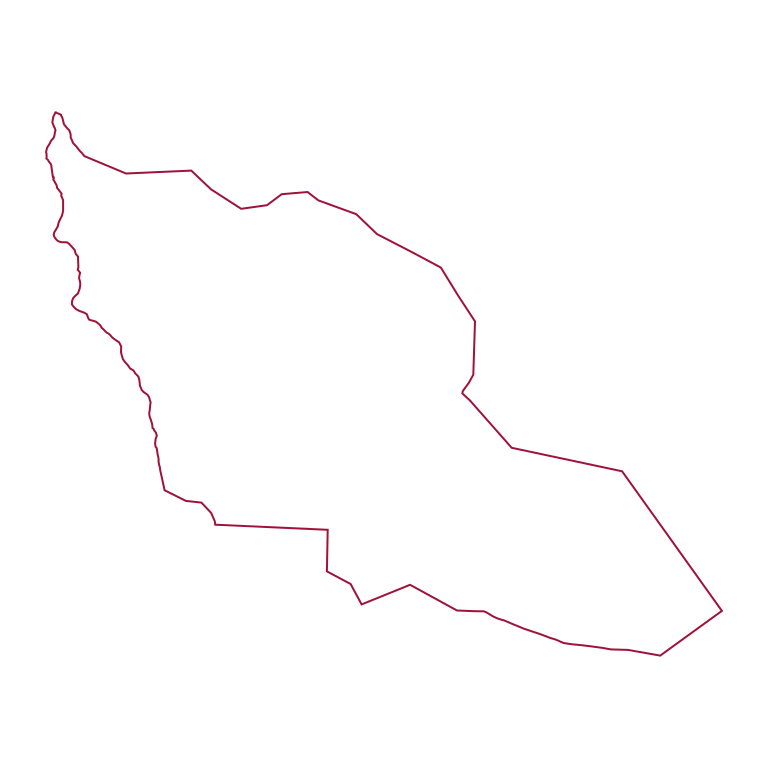 San Pedro Mixtepec -Dto. 26 -, Oaxaca, Mexico (Albers equal-area conic projection)
{"feature_id": "50627088B31998279857894", "entity_name": "San Pedro Mixtepec -Dto. 26 -", "entity_type": "district", "adm_level": 2, "iso_a3": "MEX", "parent_name": "Mexico", "parent_adm1": "Oaxaca", "projection": "albers", "projection_center": [-96.262, 16.226], "detail": "fine", "context": "isolated", "style": "outline", "palette": "rose", "viewbox_px": 768, "rotation_deg": 0, "n_neighbors": 0, "source": "geoboundaries", "source_scale": "gbopen_adm2", "svg_char_len": 2916}
<svg xmlns="http://www.w3.org/2000/svg" viewBox="0 0 768 768"><path d="M215.2,524.7L327.7,529.8L326.9,571.4L350.6,584.0L361.6,604.4L410.0,584.8L457.0,610.5L474.7,611.2L483.5,611.3L485.7,612.0L493.6,616.7L498.7,618.9L504.4,620.5L510.6,623.2L523.4,628.5L532.0,631.4L539.0,633.7L544.4,635.7L549.9,637.8L555.8,639.6L563.5,643.0L572.3,644.3L581.7,645.2L592.2,646.5L602.0,647.8L610.8,649.4L627.9,649.9L660.2,655.6L721.9,610.9L622.1,471.3L601.0,466.8L511.7,447.8L480.2,412.1L469.9,400.4L462.3,393.4L462.8,391.1L468.9,382.7L473.3,374.7L475.0,321.4L457.8,295.1L440.9,267.6L409.4,250.8L377.0,234.1L356.3,214.2L318.4,200.4L307.5,192.0L281.7,194.2L267.0,205.2L241.2,208.8L211.1,189.4L191.3,170.6L126.0,173.5L84.3,156.1L82.2,153.3L79.8,150.9L76.4,146.6L73.0,142.9L71.5,139.2L70.7,137.7L70.7,134.8L70.1,132.5L69.2,130.2L67.4,128.5L65.5,126.1L64.6,125.2L63.7,123.5L63.2,121.1L62.8,119.5L62.1,117.1L61.4,116.1L61.0,114.8L59.2,113.9L58.1,113.5L57.4,113.2L56.1,112.4L55.4,112.4L54.1,115.3L53.3,116.8L52.6,120.7L52.4,122.6L53.7,125.9L54.8,128.2L55.5,130.5L55.0,131.9L54.4,135.6L53.6,137.9L52.3,139.3L50.9,141.0L49.8,143.4L48.7,145.2L47.1,147.7L46.3,150.9L46.1,152.4L46.5,153.6L46.6,155.7L46.6,157.1L46.4,158.5L48.1,160.1L48.7,161.4L50.4,163.4L51.3,165.3L51.6,168.2L52.9,177.0L53.4,176.8L53.5,176.8L53.8,178.2L53.3,179.6L53.7,180.1L53.8,180.4L54.4,181.2L55.5,183.4L56.3,184.5L57.0,186.9L56.9,187.6L61.6,193.7L61.2,195.8L61.9,197.2L63.1,200.2L63.1,210.7L62.1,215.4L58.8,222.0L58.1,224.9L57.8,226.3L57.2,227.5L56.1,229.3L54.3,232.3L53.7,234.7L54.3,236.8L56.2,239.4L57.5,240.7L59.2,241.6L61.8,242.3L63.6,242.2L67.2,242.4L69.1,243.8L72.0,246.9L74.7,250.1L75.7,253.8L78.0,256.6L78.2,262.7L78.4,267.1L77.7,269.8L80.1,272.7L79.8,273.9L79.4,275.6L79.1,278.3L80.1,282.0L80.3,284.6L79.7,288.5L78.0,293.4L74.6,296.5L73.1,298.3L72.1,300.9L71.9,304.3L73.3,306.4L76.1,309.2L79.3,310.9L84.5,312.8L86.8,314.2L88.4,318.5L89.1,319.6L90.2,320.0L91.7,320.5L93.0,320.7L94.6,321.2L95.9,321.7L98.4,323.6L100.4,325.5L101.7,327.8L103.3,329.2L104.9,330.9L106.7,332.6L109.0,333.9L110.4,335.3L112.0,337.2L113.8,338.7L116.5,340.6L119.0,342.2L121.2,346.4L121.0,352.2L121.7,355.1L122.9,359.1L124.5,361.4L128.3,365.8L130.1,368.5L133.4,370.4L135.4,373.5L138.4,376.6L139.2,379.5L139.7,382.7L139.9,385.6L140.7,387.3L141.8,390.2L143.7,392.1L145.7,393.4L147.7,395.0L149.1,397.3L149.9,400.2L150.6,402.2L150.0,407.0L149.9,408.5L149.7,410.4L149.2,413.3L149.5,415.8L150.0,417.6L150.9,419.8L151.3,421.3L151.9,423.3L152.3,425.3L152.5,428.0L153.3,428.6L153.7,429.1L154.2,430.4L155.1,431.5L155.8,432.5L156.1,433.2L156.4,434.3L156.8,435.5L156.5,436.7L156.0,437.8L155.6,439.1L155.4,440.9L155.1,443.4L155.3,444.9L155.6,446.8L156.7,448.1L157.0,450.3L157.5,453.4L157.7,454.9L158.2,456.7L158.6,459.4L158.6,462.2L159.2,465.1L159.9,467.5L160.2,470.1L164.6,490.3L185.9,500.9L201.4,502.6L205.1,506.5L211.2,513.0L214.8,521.3L215.2,524.7Z" fill="none" stroke="#9f1239" stroke-width="2"/></svg>